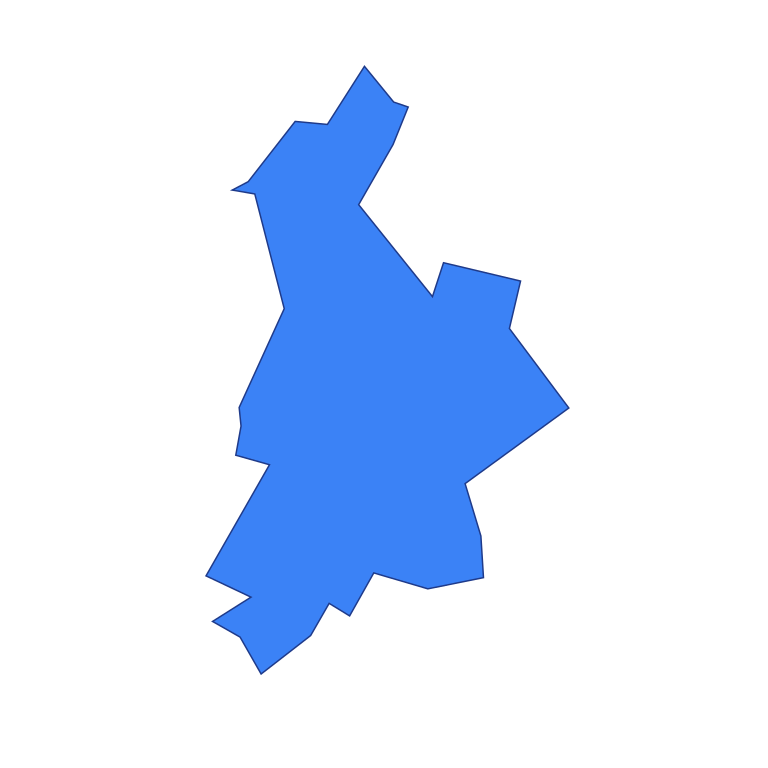 outline of Paxtakor, Jizzakh, Uzbekistan, rotated 11°
{"feature_id": "79887680B29992956990251", "entity_name": "Paxtakor", "entity_type": "district", "adm_level": 2, "iso_a3": "UZB", "parent_name": "Uzbekistan", "parent_adm1": "Jizzakh", "projection": "natural_earth1", "projection_center": [68.003, 40.317], "detail": "fine", "context": "isolated", "style": "filled", "palette": "blue", "viewbox_px": 768, "rotation_deg": 11, "n_neighbors": 0, "source": "geoboundaries", "source_scale": "gbopen_adm2", "svg_char_len": 577}
<svg xmlns="http://www.w3.org/2000/svg" viewBox="0 0 768 768"><g transform="rotate(11 384 384)"><path d="M318.7,692.1L360.0,644.9L372.0,609.8L394.5,618.2L410.0,571.4L466.1,576.7L518.6,555.1L508.1,514.7L482.6,466.3L570.0,372.3L496.5,305.6L498.4,256.9L419.3,253.6L414.9,289.0L324.9,212.8L347.2,147.2L354.9,107.5L339.7,105.4L304.2,75.9L278.9,140.0L246.7,143.2L212.1,211.3L198.0,222.6L220.9,222.1L271.7,329.1L246.3,434.7L251.7,452.6L252.1,482.2L287.0,485.1L245.9,606.3L294.1,618.6L261.0,649.8L291.0,659.9L318.7,692.1Z" fill="#3b82f6" stroke="#1e3a8a" stroke-width="1.5"/></g></svg>